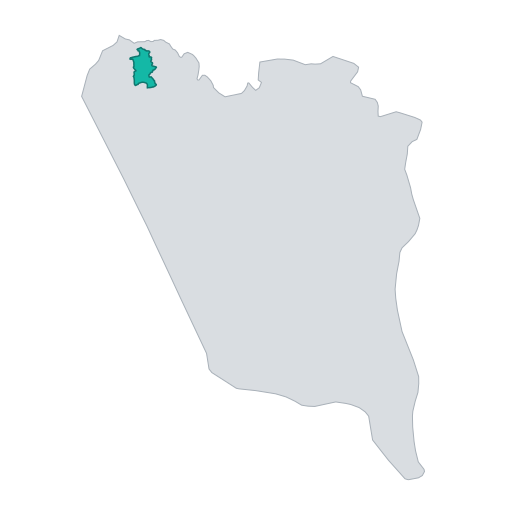 As-Sanamayn, Dar`a, Syria shown in context, rotated 96°
{"feature_id": "27442178B3893178613366", "entity_name": "As-Sanamayn", "entity_type": "district", "adm_level": 2, "iso_a3": "SYR", "parent_name": "Syria", "parent_adm1": "Dar`a", "projection": "mercator", "projection_center": [36.188, 33.104], "detail": "fine", "context": "in_parent", "style": "filled", "palette": "teal", "viewbox_px": 512, "rotation_deg": 96, "n_neighbors": 0, "source": "geoboundaries", "source_scale": "gbopen_adm2", "svg_char_len": 4787}
<svg xmlns="http://www.w3.org/2000/svg" viewBox="0 0 512 512"><g transform="rotate(96 256 256)"><path d="M57.5,173.7L62.2,174.2L72.2,180.2L73.8,180.1L76.9,172.0L79.8,169.3L86.0,166.9L87.7,153.9L90.6,151.4L94.1,150.1L99.4,149.8L104.1,149.1L104.4,146.8L97.9,131.7L98.5,127.9L101.6,112.7L103.6,106.7L105.5,104.8L112.9,105.5L123.2,108.2L125.9,112.6L131.0,116.5L138.6,116.2L147.3,116.9L154.2,117.2L159.6,114.5L172.0,109.4L178.1,107.6L183.6,105.4L201.5,97.0L208.7,97.6L213.5,98.7L217.3,100.1L225.7,105.8L232.6,111.6L237.5,113.3L246.3,113.2L258.9,114.3L274.5,114.2L283.5,112.6L295.1,109.7L315.8,102.9L343.0,88.6L359.0,81.6L365.9,80.8L374.8,80.7L383.8,82.5L394.0,83.8L398.7,83.7L409.7,82.3L424.0,79.4L433.0,77.0L443.8,73.1L450.6,66.6L452.7,65.9L455.6,67.1L456.9,67.6L459.6,71.2L462.5,80.8L462.5,81.8L462.0,84.5L454.9,92.3L445.3,102.9L438.4,109.6L426.8,120.8L418.1,123.2L403.5,127.2L399.6,131.1L396.0,137.5L393.8,146.1L393.2,151.5L392.8,161.5L396.2,171.9L399.5,181.9L399.9,188.5L399.6,195.0L396.4,201.9L393.0,211.4L391.0,222.1L389.9,242.1L389.9,259.0L389.6,261.8L383.6,273.7L376.6,287.7L373.3,290.9L358.0,295.0L341.2,305.2L322.4,316.6L305.4,326.9L287.5,337.6L268.9,348.8L255.7,356.8L237.9,367.4L221.8,377.6L205.4,387.9L193.0,395.7L174.1,408.0L163.0,415.2L146.7,425.8L132.4,435.1L115.5,446.1L94.2,442.8L87.5,440.9L82.0,435.7L78.0,432.9L67.9,430.0L61.5,420.1L57.6,416.6L50.9,415.1L53.8,408.7L54.3,404.5L57.2,399.4L55.4,396.1L54.5,389.0L53.2,387.2L52.8,385.3L53.8,383.0L53.4,380.7L52.2,379.7L51.7,376.1L50.7,373.5L51.2,370.3L52.7,368.2L54.2,364.2L56.0,363.0L58.9,360.4L59.6,357.8L62.2,355.2L65.6,353.1L66.4,351.4L65.9,350.5L62.4,348.6L60.6,345.2L62.2,340.3L63.3,338.8L65.4,336.5L70.0,332.9L73.6,332.3L76.7,332.3L82.0,332.6L86.0,333.2L87.1,332.3L86.9,331.1L81.9,328.2L81.6,325.8L82.9,323.3L86.4,319.3L90.7,316.4L92.9,315.9L97.7,310.0L100.9,303.4L95.8,287.4L92.7,284.8L87.8,282.6L84.9,282.3L84.6,281.3L88.6,277.2L91.3,273.6L88.3,270.3L82.8,268.7L80.7,272.2L73.7,272.5L62.7,272.4L57.9,255.5L57.2,248.1L57.3,239.5L60.6,227.0L59.1,221.2L59.0,217.3L58.1,211.9L49.5,200.3L54.2,178.9L57.5,173.7Z" fill="#d9dde1" stroke="#a8b0b8" stroke-width="1"/><path d="M74.7,379.2L74.5,379.4L74.0,380.5L73.3,381.0L72.7,380.8L72.2,380.6L71.9,380.5L71.8,380.4L71.7,380.4L71.6,380.5L71.4,380.5L71.2,380.6L70.4,380.7L69.9,380.6L69.5,380.6L69.2,380.9L69.0,382.1L69.2,382.8L69.0,383.1L68.6,383.2L68.2,383.3L67.8,383.2L67.6,383.4L67.4,383.5L66.9,383.7L66.4,383.8L65.8,383.8L64.8,383.0L64.1,383.0L63.6,383.4L63.3,384.1L63.3,384.9L63.3,385.2L63.5,385.9L63.5,386.0L63.4,386.2L63.4,386.3L63.4,386.5L63.3,386.8L63.2,386.9L63.2,387.0L63.1,387.3L63.0,387.5L62.9,387.5L62.8,387.8L62.7,387.8L62.6,388.0L62.4,388.2L62.4,388.3L62.2,388.4L62.2,389.3L62.1,389.7L62.0,390.3L61.8,390.7L61.4,391.3L60.8,392.0L60.8,392.6L61.9,393.8L61.9,394.2L62.2,395.0L62.8,395.7L62.9,395.8L63.0,395.8L63.0,395.7L63.2,395.4L63.2,395.2L63.3,395.2L64.3,394.7L64.3,393.9L64.4,393.7L64.5,393.7L64.8,393.5L64.9,393.4L65.0,393.4L65.3,393.2L65.5,393.2L65.8,393.0L66.0,393.0L66.1,392.9L66.3,392.9L66.5,392.9L66.8,392.8L67.0,392.8L68.8,392.8L68.8,393.2L69.4,393.9L69.8,394.7L70.1,396.2L70.1,396.3L70.3,396.6L70.3,396.8L71.0,398.8L71.3,399.8L72.0,401.2L72.0,401.6L72.6,401.9L73.3,401.9L73.5,401.1L73.3,400.5L73.3,399.8L73.2,399.5L73.1,399.3L73.7,398.8L74.6,398.5L75.1,398.2L76.5,397.6L77.0,397.6L77.6,397.6L78.8,397.4L80.1,397.2L80.5,397.3L80.8,397.6L81.4,397.6L82.1,397.1L82.4,396.7L82.8,396.4L83.2,395.9L84.0,394.9L84.4,394.8L85.0,395.7L85.4,396.3L86.0,396.5L87.2,396.2L87.8,396.2L88.7,395.9L89.3,396.2L89.3,396.3L90.0,396.6L90.3,396.7L90.5,396.4L91.0,396.1L93.4,395.5L94.6,395.3L95.9,395.2L97.7,394.9L98.1,394.6L98.4,394.4L98.9,394.0L99.0,393.8L98.9,393.5L98.8,393.3L98.7,393.1L98.1,392.4L98.0,392.1L97.7,391.3L97.5,391.1L97.2,391.1L96.7,391.0L96.3,390.2L95.6,388.7L95.3,388.1L95.1,387.4L95.0,386.5L95.0,385.7L95.4,383.6L95.6,383.1L95.8,382.8L96.5,382.2L97.0,381.9L98.0,381.8L98.5,381.8L99.7,381.7L100.1,381.6L99.9,381.0L99.6,379.0L99.0,376.9L98.6,376.4L98.6,376.2L98.7,375.9L98.2,375.1L97.8,374.3L97.3,374.1L97.0,373.6L96.4,373.1L95.9,373.1L95.3,373.8L95.0,374.4L94.5,374.6L93.7,374.8L93.4,375.1L92.4,375.2L92.1,375.7L91.8,376.2L91.3,376.3L90.9,376.7L90.1,377.6L88.8,379.0L89.2,380.7L89.1,380.8L89.0,381.0L87.3,381.5L86.9,381.3L86.5,380.8L85.9,380.4L85.4,380.4L85.0,380.0L84.4,379.6L84.3,379.0L84.1,378.6L84.0,378.4L83.8,378.3L83.7,378.3L83.4,378.3L83.2,378.3L82.9,378.3L82.8,378.2L82.7,378.2L82.4,378.0L82.4,377.9L82.2,377.9L81.9,377.8L81.9,377.7L81.8,377.4L81.7,377.3L81.7,377.2L81.6,376.9L81.4,376.8L81.4,376.7L81.2,376.5L81.2,376.4L81.0,376.2L80.9,376.1L80.7,375.9L79.5,375.3L79.0,374.8L78.6,374.9L78.4,375.1L78.1,376.9L77.8,379.0L77.3,379.6L76.9,379.7L76.3,379.5L76.1,379.2L75.7,379.0L74.7,379.2Z" fill="#14b8a6" stroke="#0f766e" stroke-width="1.5"/></g></svg>